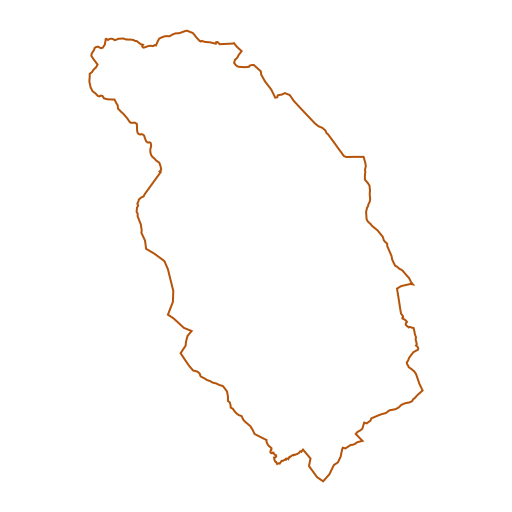 Cicanesti, Arges, Romania
{"feature_id": "2599482B56570346904834", "entity_name": "Cicanesti", "entity_type": "district", "adm_level": 2, "iso_a3": "ROU", "parent_name": "Romania", "parent_adm1": "Arges", "projection": "mercator", "projection_center": [24.6, 45.264], "detail": "fine", "context": "isolated", "style": "outline", "palette": "amber", "viewbox_px": 512, "rotation_deg": 0, "n_neighbors": 0, "source": "geoboundaries", "source_scale": "gbopen_adm2", "svg_char_len": 5149}
<svg xmlns="http://www.w3.org/2000/svg" viewBox="0 0 512 512"><path d="M323.1,481.3L329.3,474.4L333.9,465.0L337.9,462.4L340.6,456.8L342.1,449.5L342.8,447.7L345.4,448.4L350.8,444.9L352.8,444.8L355.6,443.6L356.1,442.9L358.0,442.0L362.5,440.9L355.7,434.0L357.4,432.0L360.6,430.2L362.3,428.8L364.2,422.6L366.6,423.4L370.5,420.6L371.4,418.3L380.6,414.5L385.9,413.0L389.5,410.3L395.5,409.2L398.8,407.4L401.3,404.9L404.5,403.5L406.1,403.0L408.8,402.6L411.6,401.5L412.4,400.7L413.1,399.3L414.6,398.2L417.6,394.9L421.6,391.4L422.6,390.5L419.4,383.8L417.0,376.8L416.0,374.0L414.4,371.6L411.0,368.7L408.7,367.2L408.1,365.6L407.0,364.1L406.8,362.3L407.9,360.9L409.2,357.7L411.3,354.9L413.4,352.2L417.9,349.7L418.3,348.5L417.5,346.7L416.0,345.6L416.8,344.2L415.6,339.2L415.9,337.9L416.0,337.2L415.2,335.1L414.6,333.0L414.5,331.7L413.6,328.0L412.7,327.9L409.8,326.9L408.8,327.4L408.5,327.1L406.9,326.0L405.8,324.9L405.8,323.1L406.6,322.6L406.9,322.1L406.8,321.5L406.0,320.7L404.4,319.4L402.4,318.5L402.4,317.8L403.0,317.4L403.1,316.5L401.0,313.5L400.3,309.4L398.4,297.1L397.0,288.6L401.2,286.1L405.9,285.0L410.2,284.0L412.9,284.4L411.1,282.3L410.1,280.1L409.0,277.9L407.3,276.2L402.7,270.8L401.5,269.8L399.4,268.8L396.8,266.5L395.4,266.0L394.6,264.7L392.2,259.6L391.5,255.9L389.0,250.2L387.2,246.0L387.2,244.0L386.5,242.9L385.4,242.2L383.8,240.2L382.7,236.7L381.2,234.9L377.6,230.4L373.9,227.4L371.9,225.8L371.0,224.4L368.1,221.8L366.6,219.3L366.1,211.9L367.0,207.9L368.0,206.2L368.4,204.4L369.7,201.7L370.2,199.3L369.7,194.3L370.0,190.5L369.5,185.7L368.1,183.4L364.9,179.6L364.9,177.0L364.9,175.6L365.3,172.0L365.0,169.6L365.8,166.2L365.4,163.2L363.6,156.9L357.0,156.9L351.7,156.9L346.3,157.0L343.8,156.0L341.2,152.3L338.5,148.7L336.5,145.9L334.5,143.1L329.4,136.2L328.2,134.5L326.4,133.0L325.9,131.4L325.2,130.3L322.4,127.9L318.4,126.2L315.0,123.5L312.0,120.3L308.1,116.2L304.1,112.0L298.3,105.8L293.7,100.8L289.8,95.1L284.9,93.1L282.1,94.5L278.0,95.2L277.6,95.7L277.5,96.8L277.1,97.3L275.2,97.7L273.4,93.9L271.1,89.3L267.9,85.2L264.8,81.1L261.2,74.6L260.8,71.3L255.5,66.5L253.8,65.0L251.6,65.1L249.6,65.7L249.0,66.8L244.9,67.2L238.6,66.8L236.4,65.8L234.1,62.9L235.0,59.8L237.3,57.7L238.6,55.1L241.6,51.1L237.1,47.0L234.0,43.2L233.7,43.5L219.7,44.2L217.4,42.0L216.2,42.1L215.8,43.7L210.0,42.3L205.4,42.0L201.5,40.9L200.9,41.5L200.6,41.4L199.7,41.0L196.1,37.1L194.3,34.7L192.8,33.0L186.9,30.7L185.3,31.0L182.0,32.2L179.3,33.2L175.3,33.4L171.9,34.8L169.9,36.1L168.5,36.3L167.2,36.1L164.8,36.3L161.9,37.3L159.2,38.6L157.7,41.4L156.0,45.4L154.5,45.1L153.9,45.7L152.8,46.1L151.2,45.8L149.4,45.9L148.3,46.1L146.2,46.8L144.6,47.4L143.3,47.6L142.2,46.5L142.2,46.0L143.0,44.8L142.6,44.7L140.8,44.2L138.4,42.4L136.9,41.2L136.7,41.1L135.3,40.9L134.9,40.9L133.8,40.3L133.5,40.0L130.7,39.6L128.5,39.6L127.1,39.4L126.7,39.6L126.0,39.4L123.1,38.5L118.1,38.8L116.6,39.6L114.6,40.2L113.7,39.4L111.8,38.7L109.8,38.9L107.9,40.0L106.4,38.8L105.7,39.0L105.5,40.9L105.2,42.2L104.9,44.3L103.9,46.0L102.8,47.6L101.8,48.1L100.3,47.9L98.0,46.6L95.7,47.2L94.5,48.2L94.1,49.9L91.6,53.7L91.4,55.9L93.6,59.3L97.6,64.6L96.0,67.4L94.4,68.8L93.2,70.2L92.0,72.1L89.7,73.8L89.7,76.6L89.4,80.4L89.5,82.5L90.0,84.4L90.5,87.2L92.7,91.4L95.5,93.4L97.8,95.9L99.2,96.4L101.1,95.6L102.5,96.0L104.0,98.4L107.6,99.3L112.0,99.5L114.5,99.5L116.2,102.9L117.7,105.3L118.0,108.6L121.3,112.0L123.5,113.9L127.5,118.7L129.8,122.1L130.8,122.8L135.0,122.7L136.9,124.0L136.9,125.4L137.1,130.4L137.5,132.5L138.4,133.8L139.6,134.4L140.4,134.5L141.4,134.1L142.7,134.5L144.1,135.6L145.3,139.2L146.0,141.0L146.8,141.9L148.1,142.6L149.8,142.3L150.7,143.1L151.1,144.9L151.1,146.6L150.3,149.1L150.3,151.4L150.7,153.8L151.7,156.0L152.7,157.1L154.7,158.8L156.1,160.5L158.0,161.8L159.3,162.7L160.6,166.4L161.2,169.7L159.6,171.5L160.7,172.1L144.6,194.3L143.6,196.4L141.3,197.4L138.8,199.6L138.6,201.0L137.3,203.7L138.2,205.5L137.0,207.6L136.6,211.8L137.7,213.7L137.6,216.2L140.8,224.5L141.7,230.3L141.4,232.8L145.0,240.5L146.1,248.8L154.4,253.7L164.4,261.1L167.9,269.2L173.3,291.0L172.9,301.9L167.9,314.7L173.5,318.3L183.9,327.9L191.6,331.0L187.5,336.0L186.0,341.8L185.6,345.7L180.6,353.2L184.9,359.7L189.3,366.1L193.1,370.5L197.4,371.6L199.6,373.5L200.5,376.1L201.3,376.8L205.1,378.7L206.7,379.9L208.9,380.7L210.0,381.0L212.2,382.4L213.9,382.9L216.1,383.4L219.6,385.1L222.7,385.9L224.3,387.8L227.0,391.5L228.0,396.8L227.9,400.8L229.9,402.6L230.6,405.7L230.7,407.6L232.8,408.7L234.7,411.5L237.0,413.8L238.8,415.1L241.5,416.0L243.4,419.9L245.3,421.9L250.5,426.3L252.7,430.0L254.6,434.0L265.4,439.5L266.5,439.9L266.5,441.7L268.0,445.1L271.5,448.2L271.3,450.1L270.8,450.1L270.3,452.1L271.1,453.1L271.8,453.3L272.8,452.6L273.4,452.6L273.4,453.2L275.1,455.0L276.1,455.3L275.8,456.3L276.1,456.7L275.3,457.4L274.0,457.6L274.5,460.1L275.5,461.9L276.1,461.9L277.1,464.0L278.7,463.2L279.7,463.6L281.7,460.8L282.8,460.9L284.3,459.9L285.0,459.9L285.7,459.0L286.2,459.5L287.0,458.5L288.1,458.5L288.4,458.9L289.5,456.8L290.3,456.9L292.0,455.4L293.8,454.8L293.9,455.2L297.8,453.7L299.1,452.8L300.1,451.4L301.2,451.2L301.5,451.6L303.0,449.6L310.5,458.5L309.0,466.1L317.1,477.2L323.1,481.3Z" fill="none" stroke="#b45309" stroke-width="2"/></svg>